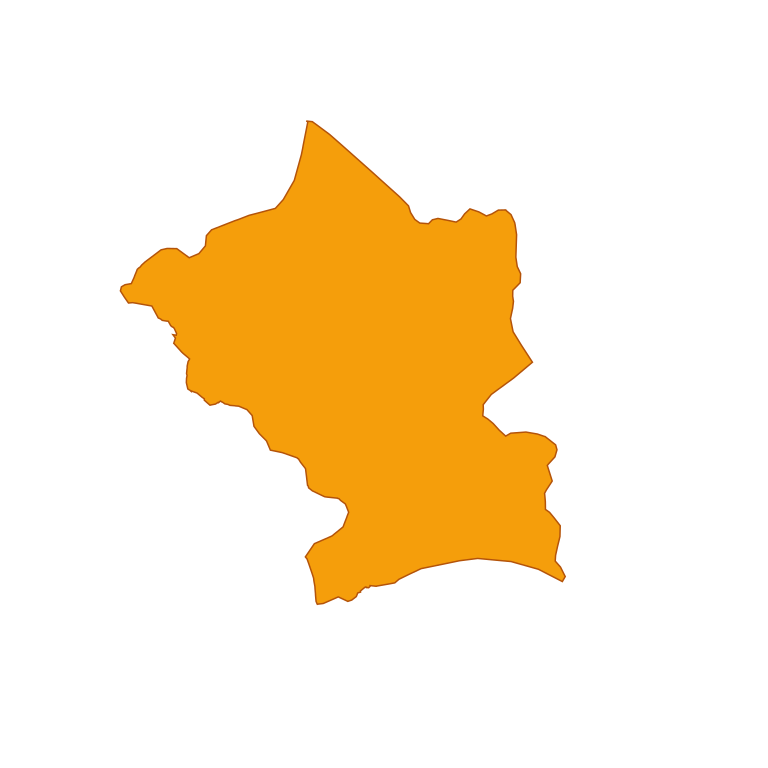 the district of Salala, Bong, Liberia, rotated 40°
{"feature_id": "62588387B82841165757499", "entity_name": "Salala", "entity_type": "district", "adm_level": 2, "iso_a3": "LBR", "parent_name": "Liberia", "parent_adm1": "Bong", "projection": "orthographic", "projection_center": [-9.988, 6.775], "detail": "fine", "context": "isolated", "style": "filled", "palette": "amber", "viewbox_px": 768, "rotation_deg": 40, "n_neighbors": 0, "source": "geoboundaries", "source_scale": "gbopen_adm2", "svg_char_len": 4358}
<svg xmlns="http://www.w3.org/2000/svg" viewBox="0 0 768 768"><g transform="rotate(40 384 384)"><path d="M647.6,420.7L646.6,415.0L643.5,413.7L636.9,410.8L629.0,409.6L625.6,405.0L622.2,398.5L621.4,397.0L619.0,392.1L616.8,387.7L610.1,379.3L600.4,377.2L593.3,375.9L588.3,376.3L583.2,370.4L578.2,365.4L577.3,364.6L576.5,360.8L575.4,351.4L575.2,350.2L561.4,341.4L561.4,339.5L561.8,330.0L558.8,323.2L554.6,320.3L541.2,320.7L540.2,321.2L533.7,323.7L523.6,329.6L519.4,333.7L512.7,340.2L510.7,345.7L501.9,345.3L499.0,344.9L493.0,344.1L485.9,344.1L483.3,344.5L480.1,344.9L478.3,342.3L476.3,339.4L473.3,336.1L473.1,330.7L473.1,330.3L472.9,323.0L474.9,314.7L476.9,306.6L479.5,296.0L483.7,271.9L465.3,266.3L463.1,265.6L453.8,262.5L449.3,261.0L438.8,252.6L434.4,244.3L434.3,244.0L434.2,243.8L430.0,237.4L428.2,235.9L427.7,235.4L426.2,234.1L422.4,229.4L423.0,222.1L423.0,221.8L423.2,218.9L417.8,211.7L410.6,208.4L403.5,202.1L389.6,184.4L381.9,177.6L380.4,176.4L372.4,172.6L368.9,172.6L365.7,172.6L365.4,172.4L359.8,177.3L357.3,184.4L354.4,189.5L352.2,189.9L346.0,191.2L339.1,193.9L337.3,194.6L336.4,201.8L336.9,208.1L335.2,213.6L328.1,217.4L318.9,222.5L316.7,225.5L315.5,227.1L315.4,228.4L315.1,232.6L313.1,234.0L308.0,237.7L302.4,238.1L301.7,238.1L294.2,235.6L288.9,232.2L288.3,231.8L275.7,230.6L249.2,229.7L248.9,229.7L241.3,229.4L199.4,228.2L181.8,227.8L176.8,228.1L160.5,229.1L155.4,232.5L157.1,232.1L168.8,253.3L170.2,255.7L173.3,261.4L184.4,285.7L188.3,307.4L188.1,313.7L187.9,319.3L177.1,334.7L172.3,341.4L166.6,351.8L166.1,352.6L164.7,354.9L163.4,357.3L152.8,376.7L152.6,384.5L158.4,393.0L158.4,398.3L158.4,403.1L153.6,412.5L138.2,413.5L136.4,415.0L130.7,419.6L130.5,419.9L127.0,424.5L126.0,428.9L125.5,431.1L123.1,441.5L122.7,443.4L122.5,443.9L122.5,444.3L122.4,445.0L121.9,448.7L122.0,451.2L121.5,452.9L121.3,454.8L122.2,457.4L123.5,461.5L124.0,462.7L125.9,469.5L121.8,474.4L121.3,475.8L121.0,476.6L120.4,478.4L121.8,481.2L122.2,482.1L129.5,484.4L136.2,486.2L139.1,483.3L142.6,481.2L144.4,480.2L156.0,473.5L157.1,473.9L163.6,476.5L166.7,477.7L168.6,478.5L171.1,477.8L171.6,477.8L173.2,477.8L176.8,475.7L178.4,474.6L183.1,476.4L184.9,476.4L186.4,476.0L187.7,476.3L192.6,478.6L193.5,480.2L190.6,481.9L194.7,482.9L196.8,488.0L197.3,488.0L208.7,489.6L209.3,489.6L210.5,489.7L211.1,489.7L213.3,489.7L217.0,489.7L219.0,489.8L219.2,490.7L219.5,492.7L221.7,496.8L222.2,497.4L222.8,498.1L223.9,499.8L226.0,502.9L226.5,503.3L227.5,503.9L228.2,505.0L229.0,506.5L231.7,510.0L236.9,513.9L237.9,513.8L238.5,513.7L239.5,513.5L240.2,513.6L240.7,513.6L241.3,513.6L241.1,513.1L242.0,512.8L245.8,511.4L246.7,511.1L248.1,511.1L251.6,511.1L252.9,511.1L253.4,511.1L255.8,510.8L256.7,511.9L259.7,512.0L264.1,512.1L264.3,512.1L265.6,510.4L267.8,507.7L268.7,504.8L269.1,504.9L269.4,504.2L269.4,503.2L269.8,502.1L270.9,502.1L272.2,501.7L274.9,501.5L277.5,500.0L279.7,499.4L283.5,496.7L283.9,496.4L284.4,496.2L286.9,494.4L289.1,493.7L294.0,492.2L295.4,491.7L302.6,492.8L303.3,492.9L311.6,500.0L320.5,502.2L327.2,502.8L330.4,503.1L331.9,503.8L339.5,507.7L340.0,507.4L350.1,502.0L350.6,501.8L364.9,496.4L365.7,496.6L366.5,496.3L370.4,497.6L378.3,499.3L383.9,504.5L386.0,506.5L390.6,510.8L391.6,510.9L393.0,512.0L397.3,511.9L397.8,511.9L410.3,508.7L411.2,508.4L413.1,507.2L421.7,501.4L421.8,501.3L422.4,501.3L423.2,500.8L425.5,501.1L430.3,500.8L431.3,500.7L432.2,501.1L434.0,502.0L435.1,502.6L436.5,503.4L438.2,504.3L439.4,505.0L439.7,505.9L439.9,506.5L440.6,508.6L441.4,510.7L442.1,512.8L443.4,516.6L444.5,519.7L444.5,519.8L441.8,533.9L438.8,540.0L438.6,540.4L436.9,543.8L435.3,547.1L435.1,547.4L433.9,549.9L433.6,550.4L433.3,551.1L434.9,567.0L437.5,567.5L437.9,567.7L442.0,570.1L450.6,575.3L453.0,576.8L453.6,577.2L454.3,577.6L455.1,578.2L455.6,578.7L456.9,579.9L458.2,581.0L461.3,583.6L462.8,585.2L463.3,585.7L465.5,587.9L467.0,589.4L467.0,589.5L471.7,594.2L474.0,595.4L474.5,595.6L474.6,595.4L477.9,591.9L478.6,591.1L484.4,579.4L485.8,576.5L494.4,574.2L496.0,573.8L498.2,570.2L499.4,564.7L499.2,563.9L498.2,561.0L498.2,560.9L499.8,558.5L499.0,557.7L500.0,552.3L500.2,551.5L501.3,550.9L501.5,551.2L503.2,549.9L503.4,547.9L502.9,547.4L508.1,543.9L508.4,543.4L516.4,533.9L520.1,529.4L521.0,523.9L525.8,513.1L531.1,501.6L548.3,479.9L555.4,470.9L560.3,465.6L567.9,457.4L587.3,444.0L595.5,438.3L598.0,437.2L621.3,426.7L647.6,420.7Z" fill="#f59e0b" stroke="#b45309" stroke-width="1.5"/></g></svg>